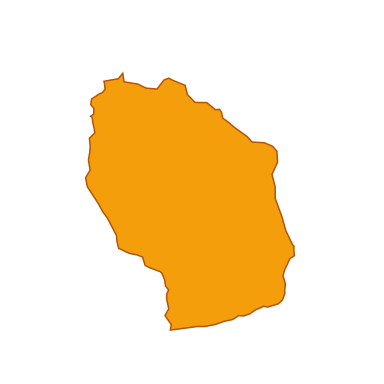 the district of Anarita, Paphos, Cyprus, rotated 327°
{"feature_id": "46923920B9699971041425", "entity_name": "Anarita", "entity_type": "district", "adm_level": 2, "iso_a3": "CYP", "parent_name": "Cyprus", "parent_adm1": "Paphos", "projection": "natural_earth1", "projection_center": [32.54, 34.745], "detail": "fine", "context": "isolated", "style": "filled", "palette": "amber", "viewbox_px": 384, "rotation_deg": 327, "n_neighbors": 0, "source": "geoboundaries", "source_scale": "gbopen_adm2", "svg_char_len": 1400}
<svg xmlns="http://www.w3.org/2000/svg" viewBox="0 0 384 384"><g transform="rotate(327 192 192)"><path d="M148.2,73.3L148.9,75.1L146.5,79.9L145.0,84.2L142.7,89.5L135.2,91.1L131.7,97.9L128.0,102.9L122.6,108.7L118.4,118.2L110.5,122.1L107.1,130.6L107.1,137.3L107.1,144.1L107.1,151.0L106.4,160.5L106.9,167.6L105.8,178.8L105.0,187.3L102.1,192.6L99.8,199.3L106.0,209.3L111.6,214.8L115.1,219.5L112.7,228.1L115.3,232.5L122.1,241.8L122.5,243.9L121.2,250.8L118.6,256.4L119.0,261.5L115.4,263.6L112.4,267.9L108.9,277.3L102.0,281.0L102.4,292.0L98.6,296.0L123.2,307.7L129.5,311.8L139.4,315.8L148.6,318.0L156.8,321.1L163.8,321.1L167.7,324.0L174.1,325.7L180.6,325.4L189.9,326.9L192.9,329.8L203.5,332.8L209.1,331.8L214.4,327.9L216.9,324.0L220.2,320.1L221.7,315.4L222.6,311.9L227.2,307.9L234.0,303.6L237.8,301.2L243.2,301.2L246.2,295.5L248.0,293.2L247.6,291.1L249.7,275.1L253.9,261.9L258.3,242.7L264.5,233.1L268.7,220.8L279.9,213.7L285.4,204.0L284.5,197.6L279.5,190.1L269.6,182.8L268.4,175.4L266.4,170.3L262.7,160.9L260.7,153.8L258.0,146.8L260.1,141.3L260.1,137.7L256.4,135.7L253.1,125.1L243.4,118.6L241.2,107.8L244.3,98.8L236.1,86.9L234.6,83.9L229.5,82.8L218.7,86.6L210.1,79.9L205.2,71.8L195.0,62.6L198.6,54.7L191.9,56.9L184.7,53.8L178.4,51.2L177.3,54.2L174.8,58.8L170.7,59.7L167.3,59.2L162.4,59.3L158.4,59.3L154.7,63.6L155.2,68.5L151.9,73.2L148.2,73.3Z" fill="#f59e0b" stroke="#b45309" stroke-width="1.5"/></g></svg>